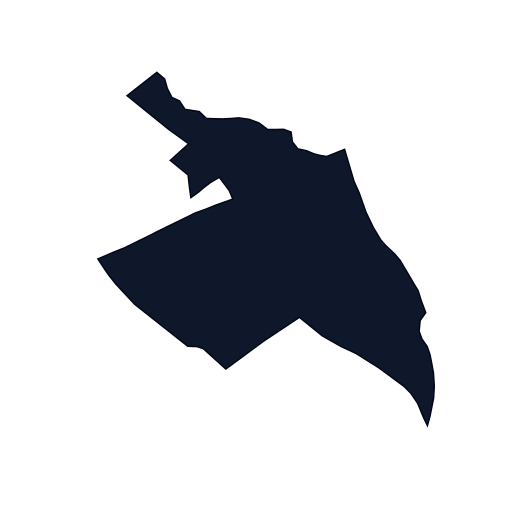 Embakasi West, Nairobi, Kenya (Albers equal-area conic projection), rotated 79°
{"feature_id": "3690345B73871814801291", "entity_name": "Embakasi West", "entity_type": "district", "adm_level": 2, "iso_a3": "KEN", "parent_name": "Kenya", "parent_adm1": "Nairobi", "projection": "albers", "projection_center": [36.887, -1.273], "detail": "fine", "context": "isolated", "style": "filled", "palette": "ink", "viewbox_px": 512, "rotation_deg": 79, "n_neighbors": 0, "source": "geoboundaries", "source_scale": "gbopen_adm2", "svg_char_len": 1267}
<svg xmlns="http://www.w3.org/2000/svg" viewBox="0 0 512 512"><g transform="rotate(79 256 256)"><path d="M455.2,120.1L446.3,115.7L429.5,108.8L417.7,105.8L404.5,104.1L395.5,104.0L386.0,104.0L377.6,105.2L369.0,109.0L361.0,110.2L350.7,107.2L344.0,100.2L331.5,102.3L320.9,103.5L313.1,106.4L303.3,109.8L294.7,112.9L287.7,115.4L280.5,119.5L270.1,126.9L264.1,130.4L250.3,135.4L233.9,139.7L214.0,142.6L201.6,145.5L168.2,148.7L171.8,167.6L169.4,174.1L166.7,179.8L162.3,186.3L158.8,194.5L150.9,198.5L141.0,197.9L136.9,204.7L135.4,213.5L134.0,220.5L126.1,227.5L120.5,236.6L117.1,246.6L116.3,253.9L115.1,262.3L113.4,270.2L111.5,278.5L103.4,284.1L98.5,297.7L89.2,301.5L84.3,308.3L74.5,311.1L64.8,311.9L56.8,318.3L74.0,352.0L115.1,317.5L133.0,300.7L145.8,321.9L163.5,307.2L175.5,308.2L186.3,308.8L182.2,300.0L179.0,294.4L175.2,286.7L171.7,277.0L186.7,269.8L195.7,267.9L198.3,285.4L200.6,297.3L202.2,307.6L205.3,319.0L210.2,337.3L213.0,347.7L215.2,355.2L222.9,383.6L224.9,394.4L228.7,411.8L241.0,406.7L247.3,403.9L257.1,398.8L280.4,384.2L331.6,340.2L333.6,331.5L336.8,325.5L361.2,307.2L341.1,264.9L324.5,225.1L346.9,206.3L360.8,190.1L370.7,176.5L389.3,156.7L412.1,135.7L420.1,130.3L431.5,125.4L446.9,122.3L455.2,120.1Z" fill="#0f172a" stroke="#020617" stroke-width="1.5"/></g></svg>